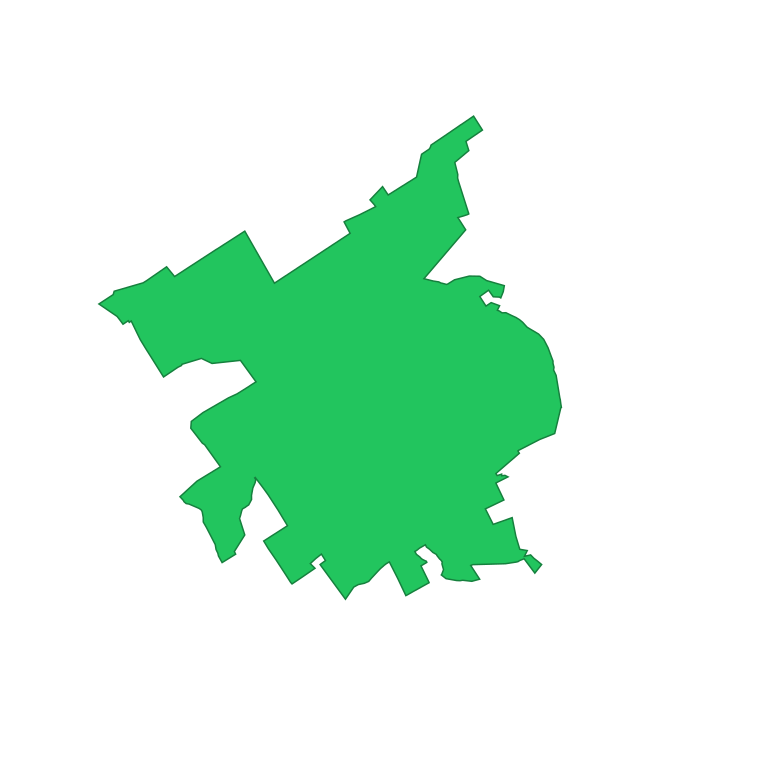 Tahmek, Yucatán, Mexico, rotated 51°
{"feature_id": "50627088B83810267980946", "entity_name": "Tahmek", "entity_type": "district", "adm_level": 2, "iso_a3": "MEX", "parent_name": "Mexico", "parent_adm1": "Yucatán", "projection": "robinson", "projection_center": [-89.276, 20.901], "detail": "fine", "context": "isolated", "style": "filled", "palette": "green", "viewbox_px": 768, "rotation_deg": 51, "n_neighbors": 0, "source": "geoboundaries", "source_scale": "gbopen_adm2", "svg_char_len": 3506}
<svg xmlns="http://www.w3.org/2000/svg" viewBox="0 0 768 768"><g transform="rotate(51 384 384)"><path d="M383.8,612.3L402.6,616.2L407.0,618.7L410.9,619.6L413.5,620.9L420.9,622.2L422.9,606.4L420.0,605.7L413.7,587.2L397.6,580.9L396.0,578.4L393.0,574.4L392.0,572.6L392.6,569.0L392.5,568.6L392.8,565.2L390.4,559.6L387.2,557.1L382.3,551.4L379.5,546.1L377.4,543.7L375.6,543.6L375.6,543.3L375.6,542.9L388.2,543.3L397.3,543.8L415.4,545.7L433.4,548.2L430.3,576.3L439.0,577.5L452.9,578.6L462.7,579.6L467.5,580.1L472.2,580.6L479.4,581.4L479.7,581.4L479.8,581.4L481.5,581.3L482.4,571.2L482.7,567.6L483.8,553.6L477.2,554.3L476.7,546.7L476.8,539.7L484.4,540.6L484.1,546.1L484.1,547.3L527.0,549.4L522.8,535.3L523.7,530.2L526.5,524.7L527.8,520.1L526.9,515.3L526.9,515.1L525.7,506.7L525.2,502.7L525.1,499.2L525.0,498.0L525.1,495.3L525.6,491.8L543.8,495.7L561.5,500.0L562.2,500.2L562.5,498.9L563.6,492.2L566.8,474.0L566.3,473.8L548.6,469.7L549.6,463.0L548.4,462.6L548.2,462.8L544.5,464.5L542.8,464.9L541.0,465.0L536.8,466.0L533.5,465.4L533.9,463.6L533.9,459.7L535.0,453.0L537.4,453.6L541.1,452.6L545.7,452.0L549.5,450.5L550.6,450.8L555.1,450.9L556.1,450.6L558.9,450.7L560.3,452.2L565.6,454.5L566.0,455.0L566.9,456.6L568.5,459.3L568.5,459.6L574.3,458.3L582.4,451.3L584.7,448.7L586.0,446.4L592.6,439.9L595.9,432.5L579.6,430.8L580.3,428.6L600.1,402.7L605.6,393.3L606.4,391.6L606.6,389.6L608.0,385.1L625.9,385.8L623.5,375.1L618.0,376.2L613.7,377.2L609.1,377.6L606.3,383.3L603.6,377.5L597.9,382.5L585.4,377.4L568.5,368.5L561.8,387.5L544.8,383.8L545.2,382.3L549.6,363.8L531.4,359.4L531.8,357.1L534.2,346.1L531.1,347.5L529.4,350.3L528.1,349.3L526.4,353.7L524.0,353.4L523.0,322.4L520.3,322.1L520.2,321.4L525.1,297.9L529.9,282.5L513.8,261.6L513.9,260.9L510.9,259.2L506.7,256.6L506.0,256.4L500.9,253.5L485.6,244.8L483.9,244.4L479.9,243.4L477.9,241.3L476.1,240.5L474.2,239.6L472.5,238.2L468.2,236.8L459.1,233.7L453.8,232.6L449.9,231.8L442.5,232.4L433.1,235.9L430.0,237.0L427.2,237.2L423.3,237.4L419.3,238.2L415.3,239.6L411.3,241.6L405.3,244.4L403.0,247.5L399.9,248.4L398.0,249.5L395.9,244.9L388.2,249.5L387.6,255.7L376.3,254.5L376.9,243.7L385.0,244.2L389.1,239.6L390.6,239.1L387.3,233.2L383.3,228.6L368.3,239.1L368.1,239.2L360.6,241.7L353.8,249.8L347.4,263.6L346.4,271.6L346.0,272.7L342.7,275.1L341.2,276.3L339.2,277.1L335.0,280.9L333.4,282.1L327.3,286.7L315.6,223.5L304.4,222.2L301.1,221.9L303.4,216.5L304.8,212.8L305.2,211.1L304.6,210.8L304.5,210.7L304.3,210.7L273.9,198.8L270.3,197.2L267.6,194.8L256.3,189.5L256.0,171.7L256.0,171.2L247.0,167.6L248.6,147.7L232.2,145.8L230.9,161.4L230.8,161.5L230.8,162.2L229.1,183.4L227.9,197.0L229.3,199.2L229.9,201.1L229.1,210.2L243.7,228.5L239.7,261.8L229.7,260.9L232.1,279.0L238.4,278.7L240.9,278.9L237.2,295.9L237.2,296.0L233.2,310.9L232.9,313.0L245.6,315.5L236.7,405.7L177.6,396.0L175.0,419.7L174.0,429.0L173.9,429.2L168.7,479.1L156.1,479.2L154.3,503.4L153.8,507.5L142.1,535.3L144.1,538.2L142.4,555.2L163.5,548.9L163.8,548.9L164.2,548.9L168.4,549.0L173.3,549.2L173.9,542.9L175.8,543.2L176.0,540.8L188.7,543.8L196.1,545.5L207.3,547.0L216.8,548.1L239.8,550.9L241.3,533.6L242.2,529.7L241.5,528.7L249.2,509.8L259.8,504.7L275.3,480.7L301.8,482.1L301.5,484.5L301.2,487.0L301.0,489.0L300.9,490.4L299.2,504.4L296.9,513.5L292.3,542.6L291.8,557.3L296.8,562.0L315.7,562.4L318.3,561.6L345.4,563.2L341.8,590.5L343.2,613.5L348.3,613.2L349.6,613.5L352.4,613.0L354.6,611.1L364.1,606.1L366.6,605.3L368.7,605.6L374.0,608.5L377.5,611.3L383.8,612.3Z" fill="#22c55e" stroke="#15803d" stroke-width="1.5"/></g></svg>